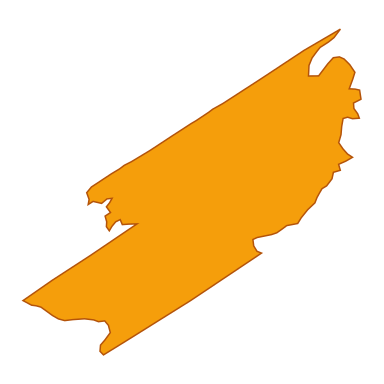 outline of Lunardelli, Paraná, Brazil
{"feature_id": "56859067B32981024727958", "entity_name": "Lunardelli", "entity_type": "district", "adm_level": 2, "iso_a3": "BRA", "parent_name": "Brazil", "parent_adm1": "Paraná", "projection": "orthographic", "projection_center": [-51.764, -24.076], "detail": "fine", "context": "isolated", "style": "filled", "palette": "amber", "viewbox_px": 384, "rotation_deg": 0, "n_neighbors": 0, "source": "geoboundaries", "source_scale": "gbopen_adm2", "svg_char_len": 1435}
<svg xmlns="http://www.w3.org/2000/svg" viewBox="0 0 384 384"><path d="M340.4,29.1L304.0,50.4L262.7,77.7L222.9,103.5L212.7,109.2L208.8,112.2L195.9,120.8L191.1,123.6L172.0,136.0L149.8,150.6L131.4,161.7L124.3,165.3L119.4,169.0L111.4,173.8L91.4,187.0L86.7,192.7L89.1,199.4L88.2,204.5L93.1,201.4L101.6,203.4L107.0,198.9L112.1,198.3L109.5,202.9L106.4,206.8L110.5,212.5L105.1,216.1L106.7,221.8L106.4,226.7L109.3,230.8L111.9,226.4L115.7,221.8L120.2,219.6L122.3,224.6L128.9,224.1L137.0,223.9L90.8,255.2L52.2,280.3L23.0,300.6L31.6,305.2L36.2,305.8L40.9,307.1L52.5,315.5L58.4,318.9L64.7,320.6L72.9,319.6L84.5,318.8L93.7,319.9L98.5,321.7L104.7,320.9L108.4,325.3L110.3,332.6L104.9,340.0L100.5,345.1L100.0,351.3L103.5,354.9L126.3,340.8L190.7,300.5L261.5,253.1L257.0,251.3L253.7,245.9L252.9,239.5L257.2,237.5L271.5,234.6L276.8,232.8L282.2,229.0L286.7,225.6L297.7,223.5L301.2,217.8L307.7,209.7L314.9,202.9L317.0,197.5L319.3,193.3L322.0,188.7L326.6,185.9L332.0,178.8L333.4,172.3L340.3,170.3L338.6,164.3L345.7,161.2L352.5,157.3L347.5,154.0L342.9,148.8L338.7,142.7L341.0,134.7L341.7,126.4L343.1,118.5L347.6,117.2L352.5,118.7L359.3,118.2L357.7,113.8L353.9,108.5L353.5,103.0L361.0,99.2L359.6,90.1L355.1,89.1L349.2,88.8L352.8,79.0L354.9,72.3L349.7,64.6L344.1,59.0L339.4,56.9L333.3,57.7L327.8,63.8L318.6,75.9L308.5,76.0L309.0,65.4L312.1,57.9L316.8,51.5L320.1,47.4L328.5,42.0L334.0,37.6L340.4,29.1Z" fill="#f59e0b" stroke="#b45309" stroke-width="1.5"/></svg>